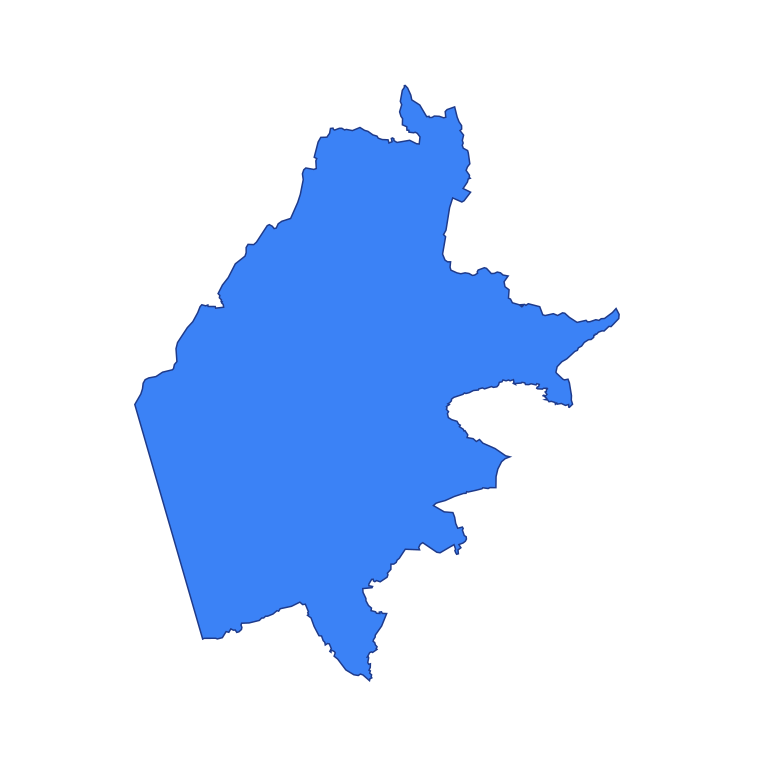 Koinadugu, Northern, Sierra Leone, rotated 254°
{"feature_id": "65957751B98964407864499", "entity_name": "Koinadugu", "entity_type": "district", "adm_level": 2, "iso_a3": "SLE", "parent_name": "Sierra Leone", "parent_adm1": "Northern", "projection": "albers", "projection_center": [-11.318, 9.329], "detail": "fine", "context": "isolated", "style": "filled", "palette": "blue", "viewbox_px": 768, "rotation_deg": 254, "n_neighbors": 0, "source": "geoboundaries", "source_scale": "gbopen_adm2", "svg_char_len": 6159}
<svg xmlns="http://www.w3.org/2000/svg" viewBox="0 0 768 768"><g transform="rotate(254 384 384)"><path d="M662.0,488.3L665.1,486.7L665.2,485.8L663.5,485.3L661.3,482.6L651.2,477.6L647.6,478.0L641.3,474.0L636.5,474.1L634.0,475.0L628.1,473.1L625.0,476.8L621.7,476.0L621.0,477.8L619.2,477.4L617.3,481.8L617.4,483.4L615.8,485.1L611.6,486.7L605.0,484.0L606.0,481.5L611.2,475.8L612.6,463.1L615.2,460.7L617.0,461.1L618.2,460.0L618.0,458.7L614.7,458.5L614.3,455.2L617.6,455.2L619.5,449.6L621.9,446.2L624.2,445.6L626.5,442.0L631.3,438.2L633.2,435.2L637.2,431.6L636.3,423.5L639.1,418.0L639.1,416.1L641.4,414.0L642.1,411.5L641.7,406.6L642.6,405.6L644.0,405.5L644.4,403.0L640.0,400.8L637.0,397.1L638.5,391.2L634.8,387.4L621.2,379.4L619.2,381.5L617.3,380.0L609.8,378.3L609.6,375.7L613.2,368.4L612.0,365.9L608.5,363.5L602.7,362.7L589.3,355.8L582.3,351.1L568.9,339.9L568.6,330.6L567.2,326.5L563.6,323.4L563.7,321.2L566.4,320.1L568.8,317.7L568.4,315.4L555.5,300.5L553.9,297.2L555.7,291.8L553.2,289.1L548.2,287.7L545.2,285.6L540.5,274.2L529.2,263.6L523.7,256.0L516.6,249.4L514.4,250.6L512.3,249.5L509.7,250.9L508.4,250.2L507.6,251.1L506.9,250.2L504.8,251.4L502.0,251.0L503.3,243.1L505.0,243.1L507.0,236.3L508.5,236.5L508.3,234.1L510.4,230.7L509.0,228.5L503.9,224.6L496.6,217.4L492.4,210.5L480.8,197.0L475.3,193.8L462.6,191.1L460.5,187.9L456.8,185.9L456.0,184.5L456.4,174.4L454.0,166.8L454.7,159.6L454.0,155.6L451.1,152.7L445.9,150.5L441.4,147.5L433.0,138.8L188.8,139.4L189.1,141.0L186.0,152.1L184.9,153.5L184.7,158.7L189.5,164.0L188.1,166.4L190.8,169.3L188.9,171.3L188.5,173.2L185.8,174.0L185.8,176.3L187.3,179.3L189.2,180.3L191.7,180.1L193.3,181.2L191.5,188.5L191.1,199.0L192.7,201.8L192.3,203.9L193.4,206.1L192.9,208.2L193.5,213.9L195.6,218.6L194.7,220.1L196.6,222.3L195.8,233.8L197.5,243.0L194.4,245.0L194.0,247.7L185.9,248.6L185.1,247.6L183.4,248.0L182.8,246.7L179.2,249.4L170.2,250.0L160.0,252.1L159.0,254.5L154.1,254.8L152.0,255.9L149.3,255.6L150.1,258.2L149.3,259.8L144.2,260.4L141.9,258.2L140.8,259.1L142.4,259.6L142.2,260.7L140.4,262.6L139.0,263.0L136.1,261.0L132.5,263.6L119.7,268.5L112.8,274.9L110.9,278.9L111.7,281.4L110.1,283.6L102.8,288.3L104.5,289.2L104.9,291.3L106.2,291.0L107.9,291.9L110.0,290.5L112.0,291.8L113.0,290.7L115.4,292.7L118.8,293.8L118.8,292.1L120.7,291.6L125.1,293.8L126.1,293.7L126.2,292.7L129.8,296.3L129.9,298.2L129.1,299.0L130.8,304.1L131.7,303.5L133.3,304.9L135.6,303.8L138.1,303.8L139.6,302.6L141.1,303.4L143.1,305.7L145.0,306.4L152.0,315.0L162.6,323.3L164.0,319.1L165.7,318.8L166.0,316.7L164.6,316.7L165.7,313.6L167.4,313.1L169.7,309.1L172.1,310.2L175.4,308.0L180.7,306.9L182.8,307.5L189.5,306.4L193.2,307.2L191.5,316.3L192.5,317.2L194.3,313.8L196.0,314.4L199.6,318.3L199.3,319.8L197.6,319.6L196.5,320.7L197.1,322.7L194.9,325.8L197.4,333.7L199.5,335.2L201.2,335.1L203.9,339.5L208.9,341.0L208.2,343.8L209.1,346.5L211.1,348.1L212.2,350.6L219.3,358.9L214.8,372.5L217.3,372.3L219.9,374.7L220.8,377.5L207.7,388.4L206.3,391.4L210.3,407.0L205.5,407.3L204.3,406.2L202.0,406.4L200.3,406.9L200.3,408.7L204.1,409.4L205.4,412.8L209.0,411.7L209.4,416.3L210.5,418.9L212.2,420.5L214.5,420.9L216.2,419.4L221.9,419.1L223.3,420.3L224.9,419.9L225.0,415.1L230.3,414.5L236.5,415.2L241.4,414.8L244.5,406.6L253.5,398.0L255.0,401.0L255.2,403.5L255.1,410.7L256.5,420.5L256.9,430.4L256.3,432.7L257.7,433.8L257.0,435.0L256.5,443.0L256.3,449.3L257.0,450.4L254.8,455.3L255.2,457.2L253.5,463.0L264.1,466.2L270.9,470.0L276.9,475.6L278.8,479.8L279.3,484.9L281.5,481.1L291.2,473.1L299.9,462.7L304.3,460.5L303.3,456.9L306.9,454.6L309.6,449.1L312.0,450.5L316.8,449.0L316.8,448.0L318.7,447.7L322.2,444.7L323.4,446.0L324.9,444.6L328.0,443.9L331.1,439.2L334.0,436.6L338.1,436.8L339.6,438.4L342.5,437.0L343.7,438.0L345.1,437.8L346.2,441.1L347.3,440.0L347.9,442.0L349.2,444.1L350.8,444.7L351.9,447.4L352.3,457.1L353.2,458.8L352.3,460.1L352.2,463.5L353.1,468.2L352.2,473.1L353.1,473.7L353.1,477.5L351.6,479.3L351.9,486.7L350.6,488.2L350.2,491.7L351.5,493.8L353.8,495.3L353.6,498.0L355.1,499.5L353.4,502.2L353.5,504.9L352.3,506.1L352.5,509.6L349.9,509.4L349.0,508.4L347.3,510.3L348.3,510.3L347.1,516.1L347.6,517.0L346.4,519.6L344.5,519.9L343.5,523.0L343.7,525.4L341.2,529.9L342.2,531.0L340.8,533.2L339.0,531.9L338.7,530.3L337.8,529.6L337.0,530.4L335.4,535.0L335.9,536.0L335.0,539.5L334.3,539.8L333.8,538.6L332.1,538.0L331.9,536.7L329.1,537.8L327.9,535.8L329.2,534.6L328.9,533.1L328.6,534.3L325.3,536.5L324.7,536.4L324.6,534.6L323.4,537.0L321.5,537.7L321.2,540.1L319.1,543.3L317.3,543.2L318.1,544.8L316.9,544.9L316.4,549.1L313.4,552.5L313.4,555.8L310.9,555.2L310.5,555.8L312.6,559.7L316.9,559.6L321.1,561.0L333.9,562.5L337.9,562.2L338.2,558.6L339.3,557.3L346.7,552.9L347.9,552.5L352.9,555.2L356.4,561.1L357.8,566.7L362.7,576.4L363.1,579.2L365.2,580.8L366.0,584.4L368.8,588.0L370.2,592.8L369.7,595.4L371.0,598.4L372.9,599.1L372.7,600.0L373.7,600.9L373.3,602.1L374.7,604.4L375.0,608.2L374.3,610.2L377.4,616.1L376.6,618.1L382.2,627.7L386.1,629.2L392.6,627.9L389.7,623.2L386.2,614.0L386.9,610.8L385.9,608.2L387.4,605.3L387.1,599.2L387.6,596.8L389.5,595.8L390.0,586.6L397.0,580.5L402.2,577.3L403.2,575.2L402.0,569.8L404.9,566.2L405.4,557.7L406.8,555.7L415.4,555.0L421.4,544.8L420.5,542.1L421.7,541.2L422.4,537.8L420.9,539.2L420.2,537.8L422.9,535.8L426.7,529.8L430.8,529.0L432.2,527.3L440.1,530.2L444.2,527.1L449.2,527.6L453.6,533.1L455.9,528.5L458.8,526.6L460.4,523.7L459.9,520.5L460.6,517.6L466.9,514.4L468.1,512.5L467.6,505.9L466.1,504.5L464.7,504.5L463.7,501.1L464.0,498.9L466.8,496.2L468.5,492.6L468.8,488.2L470.7,484.8L475.0,479.7L478.1,479.7L483.1,481.7L483.9,478.8L486.3,476.8L492.7,476.1L508.6,483.8L511.2,482.4L514.8,486.0L535.5,495.7L543.9,501.3L537.5,509.0L538.1,511.5L544.5,520.1L550.1,513.9L555.1,519.8L557.9,521.5L558.0,523.6L559.2,522.9L561.1,523.7L566.7,521.8L569.7,524.1L572.0,527.2L582.8,528.7L585.3,528.7L588.8,525.2L591.9,525.0L593.8,526.5L596.5,526.4L601.3,529.1L606.7,526.9L607.6,528.9L611.0,529.8L615.3,528.4L620.3,527.9L630.9,528.3L630.4,520.3L629.0,517.9L623.4,516.9L623.4,514.8L626.1,510.9L627.7,506.2L627.0,503.6L627.7,501.1L628.9,501.1L629.2,498.7L642.3,495.3L649.5,489.0L654.3,489.4L662.0,488.3Z" fill="#3b82f6" stroke="#1e3a8a" stroke-width="1.5"/></g></svg>